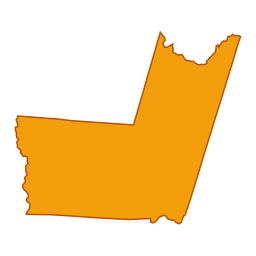 outline of São José dos Quatro Marcos, Mato Grosso, Brazil
{"feature_id": "56859067B37097100035842", "entity_name": "São José dos Quatro Marcos", "entity_type": "district", "adm_level": 2, "iso_a3": "BRA", "parent_name": "Brazil", "parent_adm1": "Mato Grosso", "projection": "equal_earth", "projection_center": [-58.29, -15.532], "detail": "fine", "context": "isolated", "style": "filled", "palette": "amber", "viewbox_px": 256, "rotation_deg": 0, "n_neighbors": 0, "source": "geoboundaries", "source_scale": "gbopen_adm2", "svg_char_len": 2652}
<svg xmlns="http://www.w3.org/2000/svg" viewBox="0 0 256 256"><path d="M56.2,118.8L51.6,118.6L20.8,116.2L17.6,116.1L17.6,117.9L16.2,119.6L16.7,121.6L17.4,123.5L17.9,125.1L17.8,126.7L16.6,126.8L15.4,127.2L15.4,129.4L15.8,131.1L16.5,133.4L16.4,135.6L16.8,137.6L18.5,138.9L17.7,140.5L16.7,142.3L17.4,144.4L17.3,147.0L18.6,148.6L19.6,149.5L20.9,150.3L20.6,153.2L22.0,154.3L22.9,156.2L24.1,156.6L25.4,156.0L26.9,156.7L27.5,158.7L27.1,161.4L28.2,163.3L27.2,164.4L26.1,165.4L25.7,167.5L25.8,169.4L25.8,171.5L26.9,173.2L26.7,175.6L25.2,176.7L24.6,178.5L25.3,180.3L25.3,182.5L24.1,183.1L22.9,184.6L22.5,186.9L23.5,189.0L24.5,190.2L26.1,191.3L27.2,192.8L27.9,194.1L28.4,195.5L28.2,197.4L26.7,198.6L26.5,200.7L27.9,202.3L29.1,202.9L30.2,203.9L29.9,205.9L29.5,208.0L28.6,210.0L27.5,211.5L26.6,212.6L26.2,214.3L32.4,214.4L39.9,214.6L49.9,214.7L67.3,215.7L82.9,216.8L95.8,217.7L97.2,217.7L98.6,217.8L114.2,218.8L117.0,218.9L122.9,219.1L125.0,219.3L127.6,219.4L128.9,219.5L134.1,219.3L141.0,218.9L142.7,218.8L150.6,218.6L150.7,220.3L150.6,222.1L152.7,222.9L155.5,221.8L156.5,220.5L157.7,219.4L158.9,217.6L160.4,216.7L163.6,215.4L165.5,215.7L166.6,217.0L167.4,218.6L168.5,219.3L169.9,219.5L171.5,220.3L173.2,220.1L174.4,220.4L175.6,222.1L177.6,223.4L179.2,223.7L181.5,222.0L182.1,219.6L183.5,216.2L185.3,214.7L188.7,204.3L189.6,201.5L190.3,199.5L191.8,194.6L192.5,192.3L193.3,189.6L194.8,185.0L195.4,182.6L196.5,179.2L197.3,176.9L199.1,170.8L200.6,166.0L203.4,156.3L204.4,153.0L205.7,149.2L206.7,146.0L207.3,143.9L208.8,139.0L211.6,130.1L213.3,124.4L213.9,122.5L214.9,119.3L215.7,116.5L216.6,113.8L217.9,109.6L219.0,106.0L219.6,104.4L222.8,94.0L225.4,85.5L226.1,82.8L229.6,72.0L231.1,66.9L234.3,56.7L236.1,50.4L239.4,39.6L240.6,36.7L239.0,35.7L235.2,35.6L233.5,35.3L232.4,34.3L231.5,35.7L230.4,36.3L228.0,36.4L227.4,38.4L226.8,40.5L225.8,41.3L223.7,40.8L222.0,42.2L221.1,43.2L220.2,45.0L218.7,47.1L218.2,45.0L216.1,45.9L216.1,47.5L215.9,49.0L215.6,51.5L214.8,52.9L213.7,53.6L211.9,55.6L210.5,57.1L209.0,58.3L208.0,59.9L206.9,60.8L206.7,63.4L204.8,64.4L203.6,64.6L201.3,64.3L200.0,65.0L198.0,64.6L194.9,62.9L193.6,61.3L192.2,61.6L190.3,61.1L189.0,60.7L187.1,60.6L185.5,59.9L184.7,58.7L183.2,56.7L182.6,55.2L181.5,54.5L180.1,55.0L178.4,54.8L176.7,54.5L175.2,53.3L173.5,52.7L172.7,51.0L173.3,48.6L172.4,46.5L172.8,44.1L170.8,45.1L168.5,46.5L166.9,47.3L164.5,47.3L163.4,44.6L163.0,43.1L163.6,41.7L164.8,41.2L165.1,39.5L164.1,36.7L162.9,36.2L162.0,34.6L160.3,32.3L158.5,38.3L150.0,67.9L145.7,82.6L144.3,87.8L137.8,110.1L136.0,116.5L133.9,123.4L133.6,124.9L129.4,124.7L111.4,123.4L73.8,120.8L70.9,120.6L56.2,118.8Z" fill="#f59e0b" stroke="#b45309" stroke-width="1.5"/></svg>